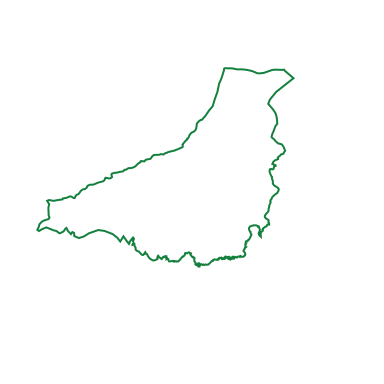 Dauphin, Dauphin, Saint Lucia, rotated 145°
{"feature_id": "8701671B67654174060035", "entity_name": "Dauphin", "entity_type": "district", "adm_level": 2, "iso_a3": "LCA", "parent_name": "Saint Lucia", "parent_adm1": "Dauphin", "projection": "orthographic", "projection_center": [-60.901, 14.058], "detail": "fine", "context": "isolated", "style": "outline", "palette": "green", "viewbox_px": 384, "rotation_deg": 145, "n_neighbors": 0, "source": "geoboundaries", "source_scale": "gbopen_adm2", "svg_char_len": 6110}
<svg xmlns="http://www.w3.org/2000/svg" viewBox="0 0 384 384"><g transform="rotate(145 192 192)"><path d="M43.6,227.0L46.4,238.0L46.4,239.4L48.2,240.4L53.7,244.5L56.1,245.9L64.9,248.4L68.1,250.1L70.3,251.7L73.3,256.5L77.2,260.8L81.1,264.1L84.5,266.4L88.0,270.1L91.1,272.3L93.9,274.5L94.9,274.6L96.1,273.3L101.6,269.0L104.6,267.0L107.3,265.5L113.8,259.4L119.9,255.1L125.9,250.4L131.2,249.0L137.8,246.5L140.4,246.0L142.2,245.4L143.7,246.1L144.7,245.9L145.9,246.0L148.1,245.5L149.3,244.8L149.7,244.1L152.2,241.6L153.8,240.7L155.7,240.4L158.7,240.9L161.7,239.9L163.9,238.4L164.9,238.2L165.3,238.5L166.2,237.7L167.6,237.7L171.7,236.6L172.1,236.2L172.7,236.1L172.9,235.4L173.9,234.2L179.9,235.3L180.7,235.7L182.1,235.8L188.6,238.4L190.0,238.5L191.4,239.1L193.9,239.1L195.9,241.0L197.3,241.2L202.0,244.2L203.8,244.1L207.0,243.0L210.9,244.8L211.6,244.9L213.1,244.4L213.6,244.5L216.0,246.6L216.6,246.6L217.2,246.0L220.0,246.2L223.6,245.5L226.0,245.8L228.3,246.6L230.4,248.0L233.4,248.1L234.5,248.9L236.0,248.5L237.1,248.6L239.5,249.9L242.0,250.7L244.4,252.1L247.0,253.0L248.1,252.4L248.9,250.1L251.0,250.0L252.1,250.6L254.5,253.2L255.5,253.0L256.2,252.3L257.4,251.8L258.5,251.7L263.7,253.6L267.7,254.4L269.5,255.1L271.1,256.4L273.4,256.9L274.3,256.9L275.2,256.2L276.8,255.8L277.9,255.8L279.7,256.6L280.6,256.8L282.4,256.7L285.9,255.4L286.6,255.4L288.2,255.9L289.9,255.4L291.4,254.4L291.8,254.4L292.4,255.0L293.5,257.4L294.3,258.4L297.8,259.1L301.6,260.8L302.3,260.2L307.0,262.6L310.4,264.1L313.7,267.4L315.7,267.9L316.0,263.9L318.6,261.6L322.9,254.9L323.4,252.8L325.0,252.1L329.4,253.5L331.8,253.8L335.5,253.1L337.2,251.5L340.4,249.7L339.8,247.8L335.6,247.5L331.6,246.5L327.3,239.9L325.4,237.8L324.3,234.2L321.3,233.5L319.4,233.5L316.6,234.6L315.5,234.6L316.0,231.3L315.3,226.9L313.0,227.8L312.1,226.1L313.7,223.3L311.0,219.1L306.1,217.6L300.1,217.3L290.6,214.6L286.0,210.3L281.2,203.2L279.4,197.3L279.2,192.6L273.6,195.0L273.6,189.0L273.4,185.6L272.3,186.1L272.0,186.8L268.6,188.0L266.4,188.5L266.3,187.3L266.7,186.6L267.1,186.3L268.3,186.4L268.8,184.4L269.2,183.8L271.2,182.9L271.1,182.7L270.8,182.7L269.2,183.0L268.9,182.6L269.7,181.5L270.1,180.0L270.1,178.8L271.1,177.4L271.1,176.1L270.6,174.9L269.7,173.7L269.1,169.5L268.6,168.7L267.8,168.4L264.8,169.5L264.9,168.9L265.8,168.3L265.0,167.9L264.5,167.0L264.9,164.1L264.7,161.5L263.4,158.5L262.0,157.5L258.8,156.9L258.2,157.4L258.0,158.2L256.8,159.1L256.2,159.2L256.2,158.6L256.6,157.9L255.6,156.0L255.5,154.6L254.6,154.5L253.5,155.2L253.2,155.0L252.5,155.3L251.4,155.0L251.7,154.6L250.3,154.2L250.8,153.8L250.4,153.4L250.9,152.8L250.4,152.5L251.2,151.7L250.6,151.7L249.9,150.8L249.9,150.5L250.4,150.0L250.6,148.3L248.8,147.2L247.8,146.9L247.4,146.4L246.8,146.3L246.6,146.1L247.0,145.7L246.8,145.3L245.9,145.4L245.5,144.7L245.0,144.6L244.8,144.0L244.0,143.8L243.3,143.1L242.6,143.0L241.2,143.4L240.2,143.4L239.6,143.9L238.9,143.9L237.5,144.4L236.8,144.1L236.3,144.5L235.5,144.2L234.1,144.5L232.9,145.8L232.2,145.7L231.2,144.5L229.6,144.6L229.0,144.2L228.7,143.3L228.9,142.9L228.1,142.5L228.1,142.1L228.9,141.8L229.3,141.1L229.0,138.9L228.7,138.7L229.0,138.1L228.7,137.7L228.1,137.6L227.8,136.8L228.1,136.1L228.7,135.7L229.0,134.9L229.8,134.0L229.7,131.7L230.0,131.3L230.6,131.1L230.5,129.8L230.2,129.5L227.8,130.0L227.2,129.7L227.3,129.5L228.2,129.4L229.6,128.6L229.6,127.6L229.1,126.8L228.5,126.6L227.9,127.1L227.8,127.8L227.1,127.7L226.4,128.0L226.0,127.8L225.8,127.0L225.4,126.9L225.0,126.0L223.3,125.9L223.9,125.7L223.8,125.2L222.3,124.8L222.1,124.3L220.6,123.3L218.6,123.4L215.4,124.1L214.9,123.6L214.1,123.6L213.6,123.8L213.5,124.2L212.2,123.9L210.3,121.9L209.9,121.8L209.6,122.1L209.0,121.4L208.4,121.7L208.1,122.3L207.6,122.4L207.5,122.0L206.9,121.8L205.6,121.5L205.6,121.1L205.3,120.7L206.0,120.3L205.9,119.7L204.3,118.9L203.6,119.1L203.5,118.5L203.1,118.5L202.6,118.9L203.1,119.4L203.1,119.8L201.8,120.0L201.5,119.9L201.6,119.4L201.0,117.8L200.7,118.2L200.1,117.7L199.9,118.3L199.6,118.2L199.2,117.6L200.1,116.9L200.4,116.0L200.2,115.7L199.6,115.7L199.3,114.7L198.8,114.8L198.2,115.8L197.9,114.3L197.2,114.2L196.7,115.4L196.0,115.8L195.7,115.6L195.7,115.1L196.4,114.1L195.9,113.3L195.4,113.4L195.0,114.3L194.6,114.6L193.9,113.9L193.3,113.8L193.2,113.1L192.8,112.5L191.0,112.6L190.3,112.3L190.1,111.5L189.7,111.8L188.9,111.8L188.7,110.6L187.0,109.5L186.4,109.4L185.9,109.5L185.5,109.9L184.8,109.8L184.0,110.4L183.5,111.8L183.6,112.8L183.4,113.9L183.6,114.2L182.6,114.9L181.8,115.1L180.9,115.7L180.0,115.8L180.4,116.1L179.1,116.9L179.1,117.4L178.6,118.2L177.4,118.6L177.6,119.3L176.7,119.9L176.3,120.5L175.8,120.6L175.5,119.9L174.3,120.0L173.3,120.6L172.5,120.3L167.9,122.8L167.4,125.3L167.0,125.6L167.2,125.9L167.2,126.7L166.6,129.0L166.1,129.7L164.2,130.5L160.9,129.5L158.6,127.9L157.0,125.5L157.1,125.3L157.7,125.7L157.9,125.5L157.6,124.4L157.7,122.9L158.5,121.6L158.8,121.2L159.9,120.7L160.2,120.2L160.6,120.3L161.3,119.6L161.7,117.4L161.3,116.0L160.9,116.9L160.6,116.9L160.5,117.6L159.3,118.7L159.1,119.2L158.0,119.6L156.3,119.6L155.6,120.3L155.8,120.6L155.7,121.0L154.1,121.5L153.2,121.4L152.2,121.6L151.2,121.2L150.4,121.2L149.5,121.9L148.6,122.0L147.5,121.0L146.8,122.0L146.6,123.7L145.8,124.3L145.5,125.0L145.6,125.8L146.4,127.4L146.7,129.3L146.6,129.9L145.9,130.8L143.5,131.7L141.5,132.0L140.1,132.7L138.8,134.4L137.1,135.7L136.7,136.4L133.3,138.6L133.2,139.6L132.3,140.3L130.9,140.6L130.1,141.3L128.7,141.9L125.5,142.3L122.6,142.3L121.8,142.8L120.8,143.2L119.4,144.4L119.2,145.0L119.3,146.4L120.8,149.9L121.1,151.5L120.7,152.9L119.3,155.0L118.8,157.3L117.9,158.2L117.9,159.7L117.2,163.1L116.5,164.7L115.0,165.9L113.9,165.4L113.3,164.5L112.1,164.1L110.4,165.5L109.6,165.7L108.5,165.4L108.2,166.1L109.5,166.9L109.2,167.8L110.1,168.8L107.9,170.2L105.6,170.3L102.6,169.5L102.3,169.8L102.1,170.8L101.9,171.1L98.8,171.3L97.6,171.7L95.2,170.9L94.8,171.3L92.0,172.4L91.1,176.6L91.1,179.5L93.6,182.5L94.3,185.2L94.6,188.4L95.3,190.6L95.2,191.6L92.6,193.7L90.3,195.0L87.4,197.1L85.4,198.3L83.2,198.9L82.4,199.9L80.2,203.8L79.2,206.1L78.4,208.5L78.3,213.3L79.0,220.5L75.2,223.0L65.7,225.7L43.6,227.0Z" fill="none" stroke="#15803d" stroke-width="2"/></g></svg>